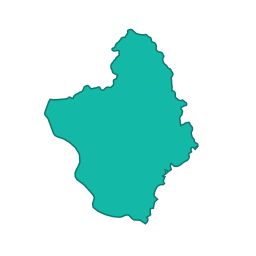 the border of Branicevski, rotated 222°
{"feature_id": "SRB-279", "entity_name": "Branicevski", "entity_type": "District", "adm_level": 1, "iso_a3": "SRB", "parent_name": "Republic of Serbia", "parent_adm1": "", "projection": "mercator", "projection_center": [21.622, 44.446], "detail": "fine", "context": "isolated", "style": "filled", "palette": "teal", "viewbox_px": 256, "rotation_deg": 222, "n_neighbors": 0, "source": "natural_earth", "source_scale": "10m", "svg_char_len": 5958}
<svg xmlns="http://www.w3.org/2000/svg" viewBox="0 0 256 256"><g transform="rotate(222 128 128)"><path d="M100.8,45.8L103.6,48.0L106.3,53.7L108.8,54.9L121.9,56.4L131.4,55.6L134.4,56.4L137.1,59.0L138.5,62.5L139.4,66.4L140.8,70.3L146.5,76.0L154.0,78.3L162.0,78.2L168.9,76.8L174.5,74.3L177.2,73.6L179.7,74.2L193.7,81.5L198.6,82.3L200.1,83.8L204.4,94.3L205.0,97.3L202.1,99.1L197.6,103.8L196.1,105.4L194.9,106.6L193.5,108.3L193.0,109.1L192.7,109.6L192.6,110.0L192.6,111.0L192.5,111.4L192.3,111.7L192.0,111.9L191.8,111.9L190.8,112.1L190.0,112.4L189.5,112.6L189.1,113.0L188.6,113.5L189.0,114.2L189.3,114.7L189.4,115.3L189.5,116.0L189.4,116.7L189.4,117.7L189.3,118.1L189.2,118.4L188.6,119.2L188.5,119.5L188.2,120.4L187.9,121.8L187.8,122.2L187.6,122.5L187.0,123.4L186.9,123.7L186.7,124.0L186.7,124.5L186.6,125.0L186.7,125.5L186.8,126.0L187.4,127.7L187.7,128.6L187.9,129.2L187.8,129.6L187.7,130.1L187.1,131.7L186.8,132.1L186.6,132.4L186.3,132.6L186.0,132.7L185.5,132.7L184.5,132.7L184.0,132.7L182.8,132.4L182.4,132.4L181.7,132.7L181.3,132.9L180.7,133.5L180.5,133.8L180.1,134.6L179.7,135.2L179.4,135.6L178.9,136.0L178.5,136.3L178.4,136.6L177.6,138.4L177.2,138.9L177.0,139.1L176.7,139.2L176.2,139.3L175.9,139.2L174.5,138.6L174.0,138.5L173.5,138.5L173.1,138.6L172.8,138.7L172.2,139.0L171.9,139.3L171.8,139.6L171.6,139.9L171.5,140.5L171.4,142.9L171.2,143.4L171.0,144.0L170.7,144.4L170.4,144.8L170.0,145.1L169.0,145.7L168.6,146.0L168.2,146.6L167.9,147.2L167.8,147.7L167.7,148.9L167.8,150.1L167.9,150.6L168.1,151.0L168.3,151.3L168.5,151.5L169.9,152.7L170.4,153.3L170.6,153.9L170.7,154.3L170.6,154.7L170.4,155.2L169.9,156.0L169.7,156.5L169.7,157.0L169.8,157.4L170.6,159.1L171.0,160.2L172.8,159.8L175.1,159.1L175.6,159.1L176.0,159.1L176.5,159.1L177.0,159.3L177.3,159.5L178.1,160.2L178.8,160.4L179.7,160.7L180.4,161.0L180.9,161.4L182.4,163.0L182.8,163.7L183.1,164.7L183.2,165.2L183.1,166.3L183.1,166.7L183.5,168.3L183.5,168.8L183.3,169.8L183.3,170.4L183.3,170.8L183.6,171.5L183.7,172.1L183.7,172.7L183.7,173.3L183.4,175.0L183.4,176.0L183.4,176.4L183.6,176.8L183.8,177.0L184.9,177.8L185.5,178.6L185.9,179.0L186.2,179.3L186.5,179.3L186.8,179.3L187.1,179.0L187.5,178.7L188.1,178.1L189.2,176.6L189.5,176.2L189.9,175.9L190.2,175.7L190.9,175.4L191.2,175.3L191.6,175.3L192.1,175.5L192.4,175.7L192.6,175.9L192.8,176.3L192.9,176.6L192.8,176.9L192.7,177.2L192.1,178.0L192.0,178.3L191.9,178.6L191.9,179.1L191.9,179.4L192.2,180.1L192.8,181.5L193.0,182.3L193.0,182.8L193.0,183.4L192.9,183.9L192.7,185.0L192.6,186.1L192.7,188.1L192.8,189.2L193.0,189.9L193.0,190.4L193.0,190.9L192.8,191.3L192.5,191.9L192.1,192.3L191.4,193.0L191.0,193.4L190.9,193.7L190.9,194.0L191.0,194.3L191.2,195.1L191.4,195.7L191.6,197.5L191.7,198.0L191.8,198.4L192.0,198.7L193.1,199.8L193.4,200.2L193.4,200.6L193.3,200.9L193.1,201.3L192.3,202.5L191.9,203.0L191.6,203.3L191.3,203.4L190.9,203.6L190.4,203.7L189.1,203.7L186.0,203.7L185.4,203.7L184.5,204.0L183.8,204.3L182.7,204.8L181.8,205.3L181.0,205.8L179.4,207.1L179.0,207.4L177.9,208.7L177.5,209.2L177.0,209.5L176.7,209.6L176.4,209.7L175.9,209.7L174.3,209.5L173.8,209.5L172.4,210.1L171.6,210.2L171.4,210.2L170.0,209.4L168.4,208.2L167.9,208.1L167.5,208.2L165.7,209.0L165.2,209.1L164.8,209.2L164.5,209.1L163.7,208.9L162.7,208.4L161.9,207.9L161.0,206.8L160.2,205.7L159.8,205.4L159.6,205.2L158.8,205.0L157.2,204.8L156.8,204.8L156.5,204.9L156.1,205.0L155.0,205.9L154.1,206.3L153.6,206.5L152.9,206.6L152.2,206.5L151.4,206.1L150.2,205.7L149.9,205.6L149.5,205.3L149.2,204.9L149.1,204.6L148.7,203.0L148.5,202.7L148.3,202.4L146.5,201.0L146.1,200.7L145.4,200.4L144.6,200.1L143.8,200.0L143.3,200.0L142.2,200.1L141.2,200.2L140.8,200.1L139.0,199.5L138.4,199.4L137.8,199.5L137.2,199.6L136.4,200.0L135.8,200.1L135.3,200.0L134.9,199.9L133.3,199.1L132.1,198.9L131.4,198.7L130.8,198.3L130.6,198.0L130.4,197.7L130.2,197.0L129.8,195.6L129.5,194.3L129.4,194.1L129.1,193.7L128.7,193.3L127.7,192.8L127.3,192.4L126.9,191.9L126.2,191.0L125.6,190.5L124.5,189.6L122.3,187.6L121.3,186.2L120.5,185.2L119.6,185.6L118.6,185.8L117.8,185.9L117.0,185.8L116.7,185.7L115.6,185.0L115.2,184.6L114.3,183.4L113.9,183.1L113.6,182.9L112.9,182.6L112.6,182.5L112.2,182.4L109.1,182.7L108.5,182.9L108.1,183.0L107.8,183.2L107.3,183.5L107.0,183.9L106.8,184.2L106.4,184.9L106.2,185.3L103.5,185.4L102.2,185.6L101.7,185.6L101.3,185.5L101.0,185.4L100.4,185.1L100.2,184.8L99.9,184.3L99.9,183.9L100.0,183.6L100.8,182.6L101.0,182.1L101.5,180.7L102.1,179.5L102.1,179.0L102.1,178.6L101.9,178.2L101.7,177.9L101.4,177.7L101.0,177.6L99.7,177.4L99.3,177.3L98.7,176.9L98.4,176.6L97.9,175.6L97.1,174.3L96.9,173.8L96.8,173.4L96.8,172.9L96.9,172.3L96.9,171.8L96.8,171.4L96.6,170.8L96.2,170.1L95.9,169.6L95.5,169.3L93.8,168.0L90.4,165.0L89.7,166.9L89.2,167.9L89.0,168.5L88.6,170.2L88.3,170.8L87.9,171.4L86.6,172.8L86.4,173.0L86.2,173.0L85.9,173.0L85.4,172.9L84.3,172.2L83.9,172.1L83.0,171.9L81.5,171.7L81.0,171.6L80.3,171.3L79.4,170.4L78.8,169.5L78.6,169.1L78.5,168.6L78.2,167.2L78.0,166.9L77.8,166.7L76.0,165.3L74.5,164.4L74.1,164.2L73.6,164.1L72.1,163.9L71.7,163.8L71.2,163.6L70.9,163.4L70.3,162.8L69.9,162.5L69.3,162.3L68.8,162.2L68.0,162.2L65.9,162.7L63.8,161.4L63.8,160.0L64.8,160.0L64.8,158.6L63.8,158.6L63.8,157.0L66.5,157.3L67.7,156.0L67.2,154.2L64.8,152.8L65.6,150.0L64.9,148.7L63.6,147.9L62.7,146.7L62.3,144.5L62.4,143.3L63.0,142.0L63.8,139.4L64.4,135.8L65.5,132.6L67.8,130.6L72.2,130.5L71.7,128.9L70.8,127.8L69.5,126.9L68.0,126.1L69.1,121.7L70.3,122.6L70.7,122.5L71.2,122.1L72.2,121.7L71.4,121.3L70.9,120.8L70.3,120.4L69.1,120.1L69.8,116.7L70.1,115.6L69.1,115.6L68.0,116.5L67.3,114.4L66.1,111.9L63.8,111.2L63.8,109.7L65.9,107.7L66.9,105.5L66.9,102.8L65.9,99.4L64.6,96.6L63.4,95.2L61.6,94.8L58.4,94.8L58.8,90.7L55.5,85.4L57.4,83.0L56.7,81.9L54.4,79.6L53.1,78.7L53.4,77.7L54.0,75.1L54.3,74.1L52.6,73.9L51.5,72.7L51.0,70.8L51.0,68.5L57.3,67.6L61.1,64.5L62.6,63.6L64.7,63.4L68.6,63.7L70.5,62.9L71.8,61.0L72.9,58.5L74.4,56.3L79.6,52.3L86.8,48.6L94.5,46.1L100.8,45.8Z" fill="#14b8a6" stroke="#0f766e" stroke-width="1.5"/></g></svg>